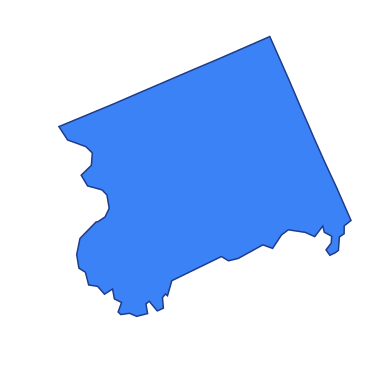 the district of Madison, Alabama, United States of America, rotated 66°
{"feature_id": "52423323B46234857736785", "entity_name": "Madison", "entity_type": "district", "adm_level": 2, "iso_a3": "USA", "parent_name": "United States of America", "parent_adm1": "Alabama", "projection": "albers", "projection_center": [-86.485, 34.734], "detail": "fine", "context": "isolated", "style": "filled", "palette": "blue", "viewbox_px": 384, "rotation_deg": 66, "n_neighbors": 0, "source": "geoboundaries", "source_scale": "gbopen_adm2", "svg_char_len": 1136}
<svg xmlns="http://www.w3.org/2000/svg" viewBox="0 0 384 384"><g transform="rotate(66 192 192)"><path d="M180.8,289.7L180.4,292.0L188.7,312.9L189.1,313.4L202.3,322.8L215.6,326.3L222.0,322.0L234.9,324.2L239.8,316.6L249.8,313.5L248.3,304.0L258.1,306.4L264.3,301.3L271.6,308.3L275.0,306.9L277.4,298.4L283.1,293.1L285.0,282.0L275.5,279.6L274.4,275.5L286.5,272.1L286.5,265.4L276.4,261.9L274.4,257.8L276.8,256.6L264.8,246.5L262.9,191.4L269.7,186.6L271.5,176.8L269.1,148.8L276.3,141.3L267.6,127.7L265.7,119.4L275.0,104.9L282.7,98.0L276.3,86.4L282.6,87.5L289.2,82.4L295.3,85.6L299.4,93.1L305.9,91.8L305.8,86.0L304.9,82.0L293.0,75.6L292.0,70.0L284.8,66.7L282.7,58.3L279.5,58.3L246.1,58.1L230.4,58.4L216.0,58.6L194.7,58.6L190.2,58.6L178.5,58.4L172.0,58.4L164.4,58.3L159.7,58.3L142.2,58.0L134.4,57.9L129.6,57.8L128.1,57.8L127.1,57.8L126.7,57.8L81.6,57.7L81.4,88.2L81.2,113.5L80.7,140.3L80.5,154.5L80.5,156.4L80.0,194.4L79.9,200.0L79.6,228.9L78.1,287.0L93.9,284.5L107.4,270.5L115.8,267.2L126.7,273.1L131.6,286.4L144.0,284.9L153.4,273.4L160.1,270.9L173.2,274.3L179.4,281.5L180.8,289.7Z" fill="#3b82f6" stroke="#1e3a8a" stroke-width="1.5"/></g></svg>